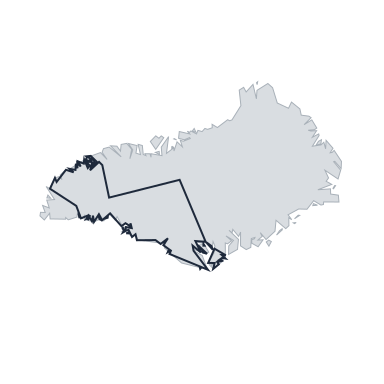 where Kommuneqarfik Sermersooq sits in Greenland, rotated 69°
{"feature_id": "GRL-2739", "entity_name": "Kommuneqarfik Sermersooq", "entity_type": "state/province", "adm_level": 1, "iso_a3": "GRL", "parent_name": "Greenland", "parent_adm1": "", "projection": "orthographic", "projection_center": [-36.556, 66.454], "detail": "medium", "context": "in_parent", "style": "outline", "palette": "slate", "viewbox_px": 384, "rotation_deg": 69, "n_neighbors": 0, "source": "natural_earth", "source_scale": "10m", "svg_char_len": 5587}
<svg xmlns="http://www.w3.org/2000/svg" viewBox="0 0 384 384"><g transform="rotate(69 192 192)"><path d="M217.0,41.5L223.6,44.4L214.5,47.7L214.5,48.9L224.9,45.4L232.2,51.0L219.3,60.1L227.8,59.5L230.1,62.9L235.0,58.8L235.0,73.7L238.7,61.6L243.6,63.3L247.4,56.5L254.0,58.4L248.5,72.7L250.8,73.8L250.4,76.3L243.7,81.5L249.3,90.8L246.1,98.5L247.7,110.5L253.6,108.8L250.8,110.9L258.2,113.6L259.8,117.6L248.5,123.7L258.4,128.6L262.9,139.9L254.4,142.8L258.6,142.4L260.5,147.7L262.1,142.8L266.8,149.9L261.3,154.5L258.1,153.5L258.0,150.4L257.0,149.5L256.7,153.3L264.8,157.0L265.2,162.0L259.7,166.0L246.8,161.0L250.2,164.4L241.5,167.3L244.5,169.2L241.0,171.2L252.9,165.6L261.9,170.1L263.4,180.3L255.5,177.0L252.0,170.6L245.2,176.0L251.7,172.5L253.1,177.4L251.5,179.2L265.8,184.6L264.9,189.7L267.5,187.8L271.4,199.5L268.0,201.1L266.6,196.2L266.8,201.7L264.1,202.1L256.9,193.4L250.7,190.0L245.8,190.1L252.3,193.8L241.6,198.9L243.6,200.7L239.7,206.3L250.7,205.4L246.6,210.8L247.8,211.1L255.0,205.2L269.8,205.4L254.5,227.2L234.3,237.8L227.5,233.5L228.7,239.1L217.3,259.8L211.0,259.9L212.3,263.8L201.0,270.8L199.7,269.3L203.7,261.7L199.1,260.5L201.2,262.2L197.1,265.3L198.7,269.2L188.1,270.8L191.1,273.7L182.7,277.2L187.3,284.6L179.3,286.4L184.5,289.0L184.6,294.2L179.2,302.4L174.8,300.2L177.7,303.5L175.8,306.4L169.7,306.0L174.2,308.4L173.6,317.5L170.6,319.1L172.1,319.7L166.3,334.1L160.8,332.5L165.2,339.9L159.8,342.5L156.7,340.7L158.5,336.4L151.0,336.3L155.7,331.0L147.5,330.5L149.8,323.0L134.6,326.2L137.6,323.8L129.8,314.6L130.0,310.7L133.8,308.9L128.9,309.0L126.1,302.1L130.6,295.6L126.6,297.6L123.5,281.2L131.2,280.3L123.3,278.5L130.2,273.9L133.2,277.6L133.2,274.3L130.2,267.0L130.3,272.3L122.1,278.1L122.4,263.3L131.2,259.6L122.7,261.7L119.8,259.1L120.4,253.2L133.8,245.5L119.7,251.5L122.3,245.7L128.2,244.1L122.2,241.1L123.2,235.6L130.4,233.0L138.7,238.1L131.5,232.2L123.9,234.0L129.0,226.6L135.6,230.4L138.6,226.7L128.2,225.2L130.8,221.7L139.5,224.1L141.5,222.0L139.4,222.2L141.3,217.5L144.9,217.8L141.6,216.5L147.3,207.0L139.1,204.6L131.9,194.0L146.8,202.0L144.2,193.2L147.3,194.1L139.8,188.0L146.4,184.8L139.5,184.4L141.5,181.9L141.5,174.5L140.3,174.7L140.5,180.5L137.0,185.3L131.0,182.2L137.0,173.3L133.6,174.6L135.4,172.8L134.6,171.2L139.4,167.0L136.6,164.4L139.2,160.9L137.3,157.2L139.1,155.0L139.3,150.1L136.0,149.0L140.9,145.2L137.3,132.8L139.0,131.3L139.0,128.8L128.9,115.4L113.8,111.4L112.8,106.3L118.0,105.6L113.4,96.5L128.1,98.5L120.4,94.9L117.9,82.3L123.5,79.4L139.5,80.5L148.4,71.9L143.7,66.9L153.1,61.5L159.4,62.5L163.1,55.7L165.3,54.2L169.3,63.2L167.6,54.3L177.0,52.6L177.7,55.3L176.0,61.4L177.7,59.1L179.4,53.7L184.0,60.0L183.2,52.9L184.8,53.1L192.4,63.2L194.3,54.7L192.8,51.1L199.6,51.8L191.8,48.3L201.7,44.7L204.9,49.0L205.3,47.0L204.1,44.4L217.0,41.5ZM131.2,198.9L139.2,210.6L129.9,212.8L126.6,205.7L130.0,203.6L128.6,200.6L131.2,198.9ZM254.1,197.9L254.8,201.3L251.8,204.4L244.0,205.2L245.0,199.5L254.1,197.9ZM192.7,59.4L190.0,55.7L189.6,52.4L193.3,54.5L192.7,59.4ZM249.3,79.6L248.0,84.1L246.4,82.8L249.3,79.6ZM266.7,135.7L270.1,139.6L265.3,140.6L264.4,137.6L266.7,135.7ZM262.5,128.5L259.5,124.2L258.6,121.0L259.7,121.3L262.5,128.5ZM137.6,166.9L135.2,169.9L133.5,167.2L137.6,166.9ZM239.7,58.7L239.1,59.1L237.1,56.4L237.5,55.7L239.7,58.7ZM145.2,208.9L141.9,212.0L142.3,208.1L145.2,208.9ZM252.4,99.9L253.7,105.9L251.7,101.1L252.4,99.9ZM115.1,92.7L113.1,92.6L112.6,91.2L115.1,92.7ZM137.9,187.7L135.9,190.0L135.8,189.4L137.9,187.7ZM258.3,107.6L257.1,108.5L257.8,105.7L258.3,107.6ZM147.2,326.1L145.5,329.6L143.2,327.6L147.2,326.1ZM144.1,195.3L142.4,194.6L142.3,194.2L143.3,193.4L144.1,195.3ZM205.3,269.9L204.0,271.6L203.9,269.5L205.3,269.9Z" fill="#d9dde1" stroke="#a8b0b8" stroke-width="1"/><path d="M243.4,197.1L239.0,206.4L251.6,205.5L242.3,210.6L247.4,211.6L270.3,205.0L241.8,235.2L239.2,232.7L231.4,237.8L226.6,231.1L229.3,239.9L223.8,243.3L217.3,260.7L211.2,259.9L212.5,264.1L204.7,264.8L204.1,268.5L201.5,266.3L200.6,267.0L204.1,261.2L199.3,260.6L201.5,262.2L197.3,265.3L198.6,270.1L182.6,276.1L186.2,286.1L179.4,286.9L184.8,294.2L178.6,292.9L183.4,295.9L178.5,296.8L179.7,297.8L181.0,299.4L179.4,297.8L178.7,297.6L177.8,296.0L176.6,296.9L176.8,305.1L163.5,305.0L138.1,323.4L129.7,314.9L134.1,314.8L126.1,301.7L131.2,295.5L126.5,298.0L129.6,292.9L124.0,290.3L128.8,290.4L123.7,288.7L128.3,286.8L122.8,287.2L126.7,282.9L123.0,281.0L132.3,280.7L131.0,278.3L124.3,280.4L122.9,278.7L127.4,279.3L132.3,277.4L128.7,274.6L131.4,273.7L132.5,277.0L135.2,279.4L130.6,268.0L134.7,266.1L167.5,271.4L176.2,199.2L243.4,197.1ZM263.2,183.1L261.5,186.8L266.1,184.6L264.3,187.6L265.2,191.1L267.3,187.4L266.4,193.6L269.1,192.9L271.4,199.8L266.4,196.3L264.0,202.3L253.0,191.3L263.2,183.1ZM255.0,200.1L252.6,203.3L251.5,202.7L243.7,205.6L255.0,200.1ZM249.4,193.2L253.3,193.3L244.0,196.7L249.4,193.2ZM130.3,269.8L130.6,272.9L127.4,272.2L120.9,277.7L122.0,273.6L130.3,269.8ZM199.8,269.4L202.4,269.2L203.4,269.7L199.8,269.4ZM185.8,280.0L185.5,284.4L183.8,278.9L185.8,280.0ZM179.1,298.7L179.2,300.2L176.8,296.9L177.9,296.7L179.1,298.7ZM127.9,275.1L126.4,278.6L125.4,278.5L127.9,275.1ZM246.2,200.6L244.6,199.9L246.6,199.5L246.2,200.6ZM173.3,305.1L176.1,306.4L172.7,305.9L173.3,305.1ZM126.9,276.0L124.9,276.4L127.7,274.7L126.9,276.0ZM182.1,287.5L184.6,287.8L184.4,288.0L182.4,287.9L182.1,287.5ZM265.0,211.7L266.2,211.0L266.7,211.9L265.0,211.7ZM239.3,234.9L239.5,236.2L238.7,235.4L239.3,234.9ZM207.1,268.2L207.0,266.2L207.7,266.2L207.1,268.2ZM204.7,269.0L205.0,270.9L203.9,269.6L204.7,269.0ZM251.0,203.7L252.3,203.4L251.1,204.1L251.0,203.7Z" fill="none" stroke="#1e293b" stroke-width="2"/></g></svg>